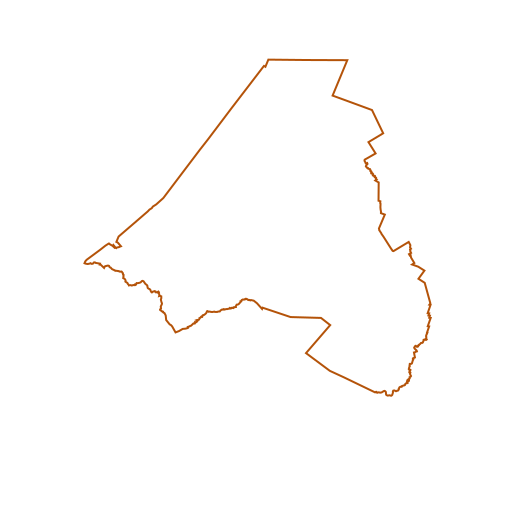 outline of Miguel Auza, Zacatecas, Mexico, rotated 249°
{"feature_id": "50627088B13748341386854", "entity_name": "Miguel Auza", "entity_type": "district", "adm_level": 2, "iso_a3": "MEX", "parent_name": "Mexico", "parent_adm1": "Zacatecas", "projection": "robinson", "projection_center": [-103.557, 24.164], "detail": "fine", "context": "isolated", "style": "outline", "palette": "amber", "viewbox_px": 512, "rotation_deg": 249, "n_neighbors": 0, "source": "geoboundaries", "source_scale": "gbopen_adm2", "svg_char_len": 6052}
<svg xmlns="http://www.w3.org/2000/svg" viewBox="0 0 512 512"><g transform="rotate(249 256 256)"><path d="M217.2,177.9L217.4,177.7L217.4,178.2L217.1,178.6L217.0,179.6L217.1,180.1L217.5,180.4L218.1,181.4L218.3,181.3L218.5,182.4L218.9,182.9L218.4,183.9L218.7,184.3L219.5,184.5L219.8,185.5L219.6,186.3L219.9,187.5L220.5,189.0L222.0,190.5L221.9,191.1L221.0,191.6L220.7,192.9L220.1,193.7L219.4,195.0L219.0,197.2L218.5,197.6L217.7,199.6L217.7,200.8L217.2,202.3L217.6,203.0L217.9,203.4L218.2,205.0L217.8,205.8L218.1,206.5L218.0,206.8L217.5,206.8L217.3,207.2L217.1,209.3L216.7,210.3L216.7,211.1L216.5,211.6L216.5,212.0L216.9,212.9L216.6,213.1L216.2,213.0L216.0,213.6L216.0,214.1L216.4,214.5L216.3,214.9L215.5,216.1L215.7,216.8L216.1,216.9L215.6,218.9L216.2,219.0L217.5,220.5L217.2,221.7L217.3,222.6L218.5,224.9L219.3,225.3L219.0,226.1L220.0,226.9L220.1,228.3L219.7,228.8L219.5,229.7L219.8,230.5L219.8,231.0L219.7,231.2L219.3,231.2L219.2,232.0L218.2,232.8L217.9,232.8L217.5,233.3L217.3,234.2L216.6,234.7L216.7,235.5L215.1,237.9L211.5,240.0L204.4,242.7L205.4,243.6L186.6,266.4L174.9,294.5L164.9,300.5L147.4,267.9L122.3,283.8L111.2,294.6L86.0,318.3L86.2,319.1L86.0,319.8L84.9,320.1L84.8,321.6L84.4,322.3L83.9,322.9L83.8,323.7L83.6,324.4L84.1,326.8L84.0,327.7L83.4,328.2L82.6,328.5L80.0,327.8L79.6,327.9L78.6,328.7L78.3,329.7L78.2,330.6L77.1,332.1L77.2,332.7L77.5,333.4L79.4,334.9L80.6,335.3L81.1,335.9L81.0,336.8L80.7,337.2L79.6,338.2L79.5,339.0L79.7,339.7L79.5,340.4L80.0,341.2L80.4,341.6L80.8,341.6L81.1,342.1L81.6,342.4L82.0,342.9L82.2,344.0L81.7,345.1L82.3,345.7L82.2,346.3L82.3,347.2L82.1,347.8L82.1,348.7L83.1,349.6L83.3,350.4L83.1,351.4L83.2,352.0L84.3,351.7L84.8,352.1L84.5,352.7L84.5,353.7L84.7,354.1L85.4,354.4L85.8,354.0L85.9,353.4L86.0,353.3L86.3,354.0L86.6,355.5L86.9,355.8L87.8,355.9L88.0,357.2L88.4,357.7L90.1,357.5L91.3,357.6L91.5,358.1L91.8,358.3L92.5,357.5L93.2,357.9L93.6,358.7L94.3,359.4L94.5,359.3L94.9,358.3L95.7,358.1L96.2,358.6L97.0,359.0L97.9,360.0L98.4,359.9L99.1,360.5L100.0,360.7L100.2,360.9L99.8,361.9L99.7,362.6L99.9,363.1L102.4,365.0L102.9,365.7L103.7,365.5L104.2,365.8L104.3,366.3L104.2,367.4L104.3,368.0L109.3,368.9L109.1,369.9L109.5,371.0L109.2,371.9L109.3,372.1L110.4,372.0L112.7,370.9L113.7,370.8L114.6,371.8L115.0,372.7L114.9,373.0L113.9,373.3L113.7,373.6L113.9,374.2L113.4,374.5L113.5,374.9L114.5,375.6L114.7,376.2L114.5,376.4L114.8,376.8L115.1,377.9L115.6,378.6L115.7,379.0L115.3,380.1L115.5,380.8L116.4,381.5L117.1,382.5L117.6,382.4L117.7,382.6L117.5,383.2L117.7,384.2L117.6,384.3L116.9,384.4L116.7,384.9L116.9,385.5L118.2,385.3L119.3,386.0L120.1,386.0L121.0,386.5L122.1,387.7L123.0,388.5L123.2,388.2L128.2,392.4L128.9,391.2L135.6,396.9L136.3,395.6L138.0,397.0L138.7,395.7L140.4,397.1L141.1,395.8L147.8,401.4L148.4,400.4L149.3,401.8L170.5,403.9L176.5,399.5L182.0,408.0L187.9,403.6L192.1,398.7L192.7,401.3L198.9,400.2L201.3,400.6L201.2,399.8L202.9,399.5L203.3,401.9L205.1,401.7L205.5,402.0L206.6,402.0L206.9,402.1L207.2,403.3L208.8,402.9L210.8,404.0L214.4,403.6L211.3,386.1L211.5,385.8L211.8,385.4L214.7,384.7L228.5,381.9L231.6,381.1L232.4,381.1L236.0,380.3L236.3,380.5L237.6,380.6L248.5,391.1L251.2,388.0L252.7,388.6L254.8,389.0L256.9,389.6L260.2,391.0L260.9,390.9L262.5,391.7L263.7,390.2L280.7,396.9L283.8,394.4L284.3,396.0L284.8,395.6L285.2,395.7L285.9,396.1L286.8,395.2L287.1,395.5L287.4,395.3L287.6,395.4L287.7,395.7L288.1,395.7L288.4,394.9L288.7,394.8L288.8,394.4L289.3,394.0L289.9,394.6L290.5,394.7L291.0,394.3L291.4,394.4L291.8,394.2L291.5,393.5L291.8,393.2L292.3,393.2L293.5,394.0L294.0,393.7L294.3,393.3L295.0,393.7L295.8,393.2L296.3,393.4L296.5,392.9L297.2,392.4L297.4,392.0L298.1,392.0L298.5,391.3L300.3,390.7L300.8,391.1L300.8,391.4L301.5,391.7L301.8,392.8L302.0,393.1L302.3,393.1L302.9,393.1L302.8,392.1L303.5,391.6L304.1,391.7L306.0,391.4L307.0,392.0L308.9,404.4L322.0,401.8L325.0,418.7L350.7,416.6L378.3,385.0L406.1,411.4L420.9,373.3L434.9,337.9L429.3,332.6L430.6,331.6L430.4,331.2L402.5,285.7L381.8,252.5L375.4,241.8L343.3,190.2L339.9,181.3L339.1,177.4L338.0,175.8L337.5,173.2L336.4,170.9L323.4,134.7L319.2,130.7L318.0,131.8L313.5,133.4L313.5,131.9L313.4,131.3L313.8,128.8L313.5,128.4L314.0,128.0L314.1,127.1L315.1,126.6L315.0,127.0L315.5,127.0L315.6,127.4L317.4,126.8L316.7,125.9L319.5,123.6L320.1,123.5L320.4,123.2L320.4,122.9L319.6,119.1L317.6,112.6L313.2,96.7L312.6,95.4L312.0,94.5L310.7,93.3L309.7,94.5L308.8,96.1L308.5,98.2L308.6,98.9L307.6,99.7L307.3,100.9L308.1,102.5L308.0,102.8L307.5,103.6L307.1,103.7L304.8,107.6L304.0,107.0L303.5,107.9L299.3,109.9L300.4,111.1L300.5,111.6L300.2,114.0L299.8,114.9L299.3,115.3L298.2,115.3L297.7,115.6L297.2,116.2L295.5,116.8L294.8,117.4L294.0,118.3L293.6,118.5L293.2,119.1L292.6,119.3L292.1,120.7L291.1,122.2L291.1,122.5L290.4,123.0L290.0,123.6L289.9,124.4L289.7,124.9L289.0,125.2L288.4,125.2L287.6,125.6L286.8,125.3L286.1,125.3L285.7,125.6L284.6,124.9L284.1,124.9L283.0,124.1L281.6,125.2L280.9,125.4L280.0,125.5L279.7,125.4L279.0,124.9L278.8,124.9L277.0,126.3L276.0,126.3L274.6,126.9L274.1,126.8L273.7,128.6L272.9,129.5L272.9,131.0L272.4,131.9L272.8,132.6L272.1,133.2L272.4,133.8L273.2,134.3L273.5,134.9L273.0,135.8L272.7,138.0L272.8,139.0L273.5,140.5L273.4,141.3L272.6,142.0L269.7,142.7L267.8,143.8L266.9,143.9L266.6,143.7L264.9,143.5L264.0,144.0L263.4,144.7L262.5,145.2L260.4,145.2L259.4,145.6L259.3,146.1L259.6,146.5L259.7,147.1L259.5,148.6L259.5,148.8L259.0,148.9L258.8,149.5L257.9,149.6L257.6,150.7L257.2,151.1L257.7,151.5L257.8,152.1L256.8,152.4L255.8,151.7L255.1,152.0L254.1,151.8L253.4,151.3L253.4,151.9L252.3,153.1L250.6,152.5L249.3,151.5L246.4,151.2L245.6,151.3L244.7,150.8L243.0,149.0L241.0,148.5L240.5,147.3L240.2,147.2L239.8,147.2L239.5,147.6L238.1,148.2L237.8,148.9L237.3,149.3L236.7,149.1L236.1,149.5L235.5,150.1L232.9,150.4L228.4,149.2L223.1,150.9L221.9,151.9L220.3,152.5L213.5,153.5L213.5,157.2L214.2,161.4L213.4,164.3L213.2,166.5L213.3,166.8L214.2,166.9L214.1,168.9L214.3,169.3L214.2,170.4L215.5,173.5L214.9,174.6L215.3,175.2L216.1,175.4L215.6,176.7L216.2,177.8L216.6,177.5L217.2,177.9Z" fill="none" stroke="#b45309" stroke-width="2"/></g></svg>